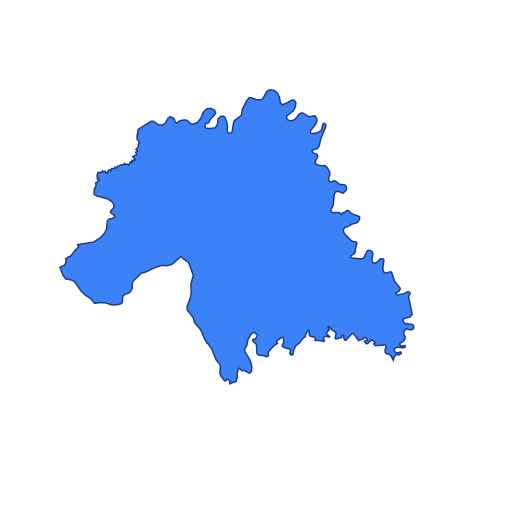 Rattanaburi, Surin, Thailand (Albers equal-area conic projection), rotated 42°
{"feature_id": "78962969B68568199624354", "entity_name": "Rattanaburi", "entity_type": "district", "adm_level": 2, "iso_a3": "THA", "parent_name": "Thailand", "parent_adm1": "Surin", "projection": "albers", "projection_center": [103.879, 15.335], "detail": "fine", "context": "isolated", "style": "filled", "palette": "blue", "viewbox_px": 512, "rotation_deg": 42, "n_neighbors": 0, "source": "geoboundaries", "source_scale": "gbopen_adm2", "svg_char_len": 6105}
<svg xmlns="http://www.w3.org/2000/svg" viewBox="0 0 512 512"><g transform="rotate(42 256 256)"><path d="M399.9,240.5L402.2,240.4L402.6,240.9L402.3,242.6L404.7,242.8L409.9,237.4L410.6,236.0L411.9,235.6L413.6,236.4L414.4,238.9L416.7,241.3L418.3,241.3L421.0,240.0L423.0,239.8L427.7,241.6L426.1,238.0L426.0,236.2L426.5,235.0L428.5,233.8L429.1,231.5L428.8,230.7L427.6,230.6L426.0,233.3L424.3,234.3L422.0,233.9L421.0,232.7L421.1,230.8L421.8,229.4L427.1,225.5L427.7,224.0L427.2,223.1L426.4,222.9L424.2,226.0L421.9,225.6L421.4,224.4L422.6,220.8L422.3,218.2L420.8,216.2L417.4,214.7L416.3,212.4L416.6,209.4L419.6,207.9L421.3,206.2L421.5,204.5L420.9,203.2L419.3,202.2L418.1,202.3L411.6,206.5L408.7,206.1L407.9,204.9L407.9,203.2L411.2,198.3L411.2,194.9L396.5,184.2L395.6,180.4L394.3,180.2L392.7,180.9L390.9,185.6L387.1,190.4L386.0,190.7L384.7,189.8L385.9,186.4L385.2,183.9L384.3,183.4L375.9,182.1L368.4,177.7L366.8,177.4L364.2,181.4L362.8,182.3L361.1,182.2L358.5,180.4L353.9,173.5L352.1,173.2L350.4,174.6L349.8,181.0L348.2,182.4L346.7,182.5L344.4,181.2L342.6,177.8L340.9,175.8L339.8,175.2L337.6,175.3L335.8,176.4L335.2,177.6L337.2,184.6L337.1,186.3L335.5,188.2L328.7,193.3L327.2,193.5L326.3,192.6L327.4,188.7L327.0,186.5L324.6,183.4L322.4,178.8L321.3,178.6L317.9,180.5L316.1,180.9L306.8,180.2L305.2,179.6L303.3,178.1L302.9,175.5L304.9,171.9L305.8,168.4L308.9,163.4L308.5,159.6L306.6,157.5L299.2,160.4L294.0,160.5L292.9,161.6L292.8,164.4L291.6,165.6L291.8,168.2L288.9,167.8L283.8,172.6L282.1,172.7L280.6,171.6L279.6,166.9L272.8,157.7L272.4,156.1L272.5,154.7L273.8,153.0L278.8,151.0L278.9,146.6L277.7,144.8L276.7,144.1L273.9,143.9L270.4,146.8L264.9,147.1L263.4,148.2L262.4,150.7L260.5,151.5L258.1,150.1L256.7,146.6L254.9,144.4L250.9,143.0L248.6,142.5L246.4,143.0L244.6,145.0L241.2,147.0L238.8,147.4L237.2,146.9L235.0,140.2L233.3,139.5L229.1,141.4L227.4,140.4L227.4,138.8L229.8,135.0L229.3,131.9L225.7,125.4L221.0,112.5L220.2,111.7L218.0,111.6L217.4,113.2L220.2,118.1L220.5,119.7L219.1,123.3L215.9,127.7L214.2,128.1L212.8,126.9L212.2,118.4L210.9,114.8L209.3,113.2L205.8,112.4L202.2,117.1L195.5,118.3L193.7,119.7L193.1,122.1L193.6,127.5L193.1,129.7L191.5,132.2L189.0,133.5L186.4,133.1L185.2,131.1L186.6,122.8L185.3,118.6L183.0,115.3L180.2,114.6L178.6,115.8L176.1,122.5L174.4,125.8L173.8,126.1L171.4,125.6L166.8,122.1L162.6,120.5L159.0,120.7L155.8,122.7L154.8,123.7L153.9,126.2L155.9,134.8L155.4,136.3L151.7,139.6L146.8,141.4L145.0,142.7L145.3,147.1L147.6,156.0L151.0,161.1L149.4,170.1L150.5,172.6L155.2,179.6L154.9,181.8L153.2,183.1L151.2,182.8L148.7,179.4L144.7,176.1L140.0,173.6L137.7,174.2L136.4,175.8L136.1,179.6L139.5,184.4L139.8,188.1L136.3,192.3L133.7,194.3L132.3,194.5L130.9,193.4L130.2,191.1L131.4,189.1L131.5,187.8L130.6,184.9L130.6,177.1L127.7,175.4L123.5,176.6L121.2,179.1L120.6,181.9L121.0,185.9L122.7,189.8L123.2,195.6L121.2,199.9L119.4,201.4L113.9,201.4L111.7,202.8L109.3,205.9L108.6,207.2L108.6,209.3L107.8,210.2L106.2,210.4L103.8,209.0L102.2,208.7L99.0,210.0L98.4,212.5L99.8,218.1L98.6,221.6L95.9,223.8L89.8,224.4L87.7,226.4L83.8,240.5L84.6,242.4L86.6,244.1L86.2,244.9L87.2,246.3L89.7,248.9L89.6,249.5L90.1,248.7L93.7,249.9L93.5,250.9L93.9,251.0L94.0,252.0L95.6,253.4L95.5,257.1L96.8,256.8L97.7,257.3L97.2,259.5L99.5,260.3L98.0,264.9L101.6,265.0L101.9,265.8L101.0,266.0L101.4,266.7L100.9,267.8L99.9,268.0L101.3,269.6L100.6,270.3L100.1,269.7L99.6,270.1L100.5,273.4L98.9,273.7L98.4,275.0L96.2,275.2L96.7,276.3L94.3,279.2L94.2,281.2L93.0,281.8L93.4,284.0L91.7,284.4L92.5,285.6L90.1,287.7L91.4,289.6L89.5,289.7L89.0,291.7L90.4,293.5L88.5,294.8L88.2,294.0L87.4,293.8L86.4,295.4L84.9,295.5L85.5,296.5L84.2,297.8L84.2,298.9L82.9,299.4L82.9,300.4L84.5,303.2L86.1,303.5L86.2,304.8L87.7,304.1L88.9,304.6L88.2,306.3L88.7,307.7L87.9,309.0L90.4,311.0L90.8,314.0L94.3,318.5L97.4,318.0L107.7,312.7L112.8,312.1L115.4,312.6L117.3,314.1L118.0,316.0L117.9,319.8L118.7,321.0L124.9,320.6L124.7,323.3L122.1,327.0L121.9,329.0L127.1,336.5L128.2,340.6L128.2,345.6L126.1,354.2L115.9,366.9L118.1,367.8L117.8,373.5L118.3,380.0L117.1,382.4L116.5,385.6L117.9,386.1L118.3,387.5L119.3,387.7L119.6,389.9L119.6,391.3L117.9,395.5L125.3,399.5L129.8,400.4L135.3,397.1L137.9,396.5L149.6,399.1L155.0,399.3L162.1,398.3L167.7,399.2L170.8,395.5L175.4,391.6L180.8,389.2L183.2,387.4L186.3,384.0L187.9,381.2L187.6,379.8L184.0,375.2L184.1,372.5L186.3,368.4L186.5,365.7L185.5,362.6L182.6,359.5L181.5,357.4L182.2,345.7L184.7,341.8L188.8,331.9L191.4,327.4L192.4,325.9L196.6,322.5L199.1,318.6L200.6,306.3L204.2,306.7L210.2,305.9L222.3,312.3L226.5,320.6L232.3,326.4L234.7,330.0L238.6,339.6L241.3,342.1L250.8,343.9L255.2,346.6L264.6,347.9L274.2,352.5L275.3,352.4L277.5,353.6L279.2,353.3L285.7,354.8L295.6,359.8L301.9,360.9L303.8,362.2L307.4,367.1L310.5,368.7L316.3,369.8L317.1,368.6L316.9,366.8L317.8,366.3L320.3,366.7L322.0,368.5L325.2,362.2L324.1,360.8L323.3,358.3L321.4,357.0L320.2,355.3L318.3,351.1L318.9,350.5L322.2,350.7L323.9,348.8L329.1,347.7L329.9,346.6L330.0,345.0L327.4,341.5L323.2,338.5L320.3,337.1L311.8,334.5L310.1,333.3L308.8,328.0L306.1,324.1L304.6,317.2L305.6,313.9L310.1,313.8L311.2,318.0L309.7,319.8L310.1,321.0L311.6,321.7L313.7,321.2L315.6,321.5L322.1,328.0L324.5,327.9L328.2,324.9L331.5,323.7L332.0,321.8L329.9,320.0L329.3,318.3L329.4,310.2L330.5,306.6L328.1,305.7L329.7,298.9L330.9,298.6L333.8,300.6L335.7,305.4L338.9,305.0L343.6,302.3L344.6,302.8L346.4,306.0L348.5,306.0L349.4,304.5L347.1,300.9L345.6,296.2L346.6,291.1L345.8,287.0L346.6,282.9L345.2,280.6L344.5,276.2L345.8,275.9L347.0,277.8L349.0,279.3L350.1,279.2L354.0,277.1L355.5,277.7L356.3,279.2L361.3,275.2L363.7,274.1L363.4,273.0L361.0,272.1L360.9,270.7L361.8,268.6L364.6,267.5L364.7,266.7L361.2,266.7L360.1,266.2L359.6,264.6L359.9,262.0L357.0,260.6L357.1,259.6L361.5,260.1L366.3,259.4L367.7,260.4L369.4,263.8L371.0,264.2L374.2,259.2L373.3,257.4L373.5,256.6L374.5,256.6L376.7,258.6L378.4,259.0L379.1,258.6L379.3,249.5L379.8,248.6L381.3,248.5L388.7,250.2L391.0,246.2L391.4,243.7L392.6,243.0L394.4,243.4L395.2,244.3L393.7,245.9L393.8,247.0L396.8,247.4L397.7,246.1L397.5,244.6L398.0,243.2L397.6,241.4L399.9,240.5Z" fill="#3b82f6" stroke="#1e3a8a" stroke-width="1.5"/></g></svg>